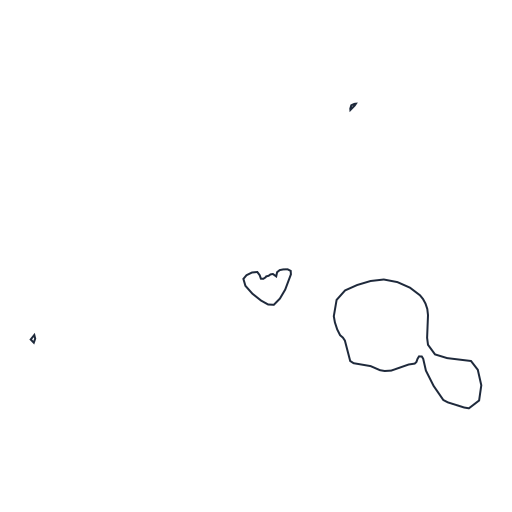 map outline of Windward Islands (Robinson projection)
{"feature_id": "PYF-4963", "entity_name": "Windward Islands", "entity_type": "state/province", "adm_level": 1, "iso_a3": "PYF", "parent_name": "French Polynesia", "parent_adm1": "", "projection": "robinson", "projection_center": [-149.632, -17.426], "detail": "fine", "context": "isolated", "style": "outline", "palette": "slate", "viewbox_px": 512, "rotation_deg": 0, "n_neighbors": 0, "source": "natural_earth", "source_scale": "10m", "svg_char_len": 1169}
<svg xmlns="http://www.w3.org/2000/svg" viewBox="0 0 512 512"><path d="M471.0,361.0L477.8,369.8L481.3,385.3L479.1,400.5L468.9,408.3L464.1,407.5L447.9,402.4L443.3,400.0L433.6,385.9L425.9,370.6L423.2,358.8L421.8,356.5L419.0,356.4L417.5,358.9L416.4,362.0L414.7,363.6L408.7,364.5L391.2,370.6L384.7,371.0L380.0,370.2L370.6,366.1L353.6,363.2L350.2,361.0L344.9,340.6L342.9,337.6L340.1,335.2L337.2,329.4L334.9,322.4L333.8,316.2L336.6,299.9L345.1,290.4L357.2,285.0L370.6,281.0L383.8,279.5L397.4,282.1L410.0,287.7L420.0,295.3L423.0,299.0L425.5,303.6L427.3,309.0L428.0,315.2L427.1,337.8L428.0,344.8L435.0,354.4L447.1,358.1L471.0,361.0ZM287.6,269.3L290.7,270.9L290.9,274.4L285.2,289.6L279.9,298.6L273.8,304.8L268.1,304.5L261.1,300.6L252.4,293.7L245.4,285.8L243.4,278.9L246.5,275.2L252.0,272.5L257.3,272.0L259.7,275.2L260.9,278.7L263.3,278.8L265.6,277.3L266.2,276.4L268.6,275.8L270.5,274.4L272.9,274.0L276.2,276.4L277.1,272.2L279.7,270.1L283.3,269.4L287.6,269.3ZM30.7,339.5L34.3,335.0L35.2,338.6L33.8,342.7L30.7,339.5ZM351.3,105.3L353.6,104.2L354.8,103.8L355.9,103.7L354.7,105.5L350.4,109.9L350.3,108.6L350.6,107.6L351.3,105.3Z" fill="none" stroke="#1e293b" stroke-width="2"/></svg>